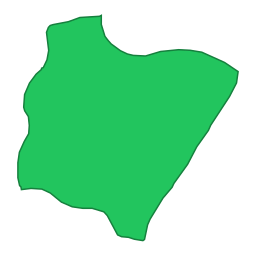 the district of Colotenango, Huehuetenango, Guatemala
{"feature_id": "79465075B36067757797746", "entity_name": "Colotenango", "entity_type": "district", "adm_level": 2, "iso_a3": "GTM", "parent_name": "Guatemala", "parent_adm1": "Huehuetenango", "projection": "mercator", "projection_center": [-91.718, 15.443], "detail": "fine", "context": "isolated", "style": "filled", "palette": "green", "viewbox_px": 256, "rotation_deg": 0, "n_neighbors": 0, "source": "geoboundaries", "source_scale": "gbopen_adm2", "svg_char_len": 893}
<svg xmlns="http://www.w3.org/2000/svg" viewBox="0 0 256 256"><path d="M238.1,71.6L224.6,62.5L201.8,52.2L190.2,50.3L178.7,49.7L160.6,51.5L145.5,56.0L133.3,55.4L127.4,54.0L120.4,50.7L111.1,43.9L108.1,40.5L104.9,36.3L101.3,24.5L101.3,15.4L99.5,16.3L79.9,17.5L68.4,21.7L53.1,24.6L50.2,25.5L48.4,27.4L46.5,32.3L48.7,50.5L47.0,59.8L43.3,67.6L41.6,68.2L41.4,69.5L36.1,74.2L29.5,83.1L24.6,94.5L23.7,107.2L24.7,110.8L28.4,116.6L29.3,125.4L28.7,133.7L24.3,141.4L19.4,152.2L17.9,162.7L17.9,177.8L19.6,185.6L21.0,187.0L21.4,189.6L31.0,188.4L41.9,189.1L50.3,193.0L61.4,202.1L72.2,206.8L82.7,208.3L92.1,208.3L103.8,211.8L107.3,215.6L117.6,234.9L121.6,236.7L128.5,237.3L134.3,239.2L142.9,240.6L144.5,239.5L147.6,224.8L150.1,219.1L163.0,198.0L172.1,187.3L173.9,183.4L187.6,164.3L196.8,146.7L208.4,130.4L210.7,125.2L229.5,96.5L236.5,83.0L238.1,71.6Z" fill="#22c55e" stroke="#15803d" stroke-width="1.5"/></svg>